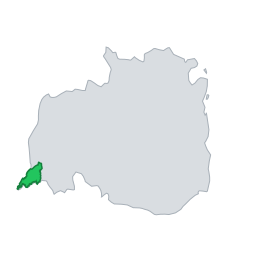 Ta Veaeng, Rôtânôkiri, Cambodia shown in context, rotated 195°
{"feature_id": "14789045B64125639781639", "entity_name": "Ta Veaeng", "entity_type": "district", "adm_level": 2, "iso_a3": "KHM", "parent_name": "Cambodia", "parent_adm1": "Rôtânôkiri", "projection": "natural_earth1", "projection_center": [107.276, 14.308], "detail": "fine", "context": "in_parent", "style": "filled", "palette": "green", "viewbox_px": 256, "rotation_deg": 195, "n_neighbors": 0, "source": "geoboundaries", "source_scale": "gbopen_adm2", "svg_char_len": 6567}
<svg xmlns="http://www.w3.org/2000/svg" viewBox="0 0 256 256"><g transform="rotate(195 128 128)"><path d="M217.9,39.7L218.5,42.0L217.0,46.3L215.4,50.2L212.5,53.6L212.3,56.1L211.3,63.5L211.7,65.9L212.4,67.9L213.4,69.0L215.9,76.3L218.3,82.9L220.5,88.4L221.0,91.9L218.8,100.6L216.4,108.6L216.6,112.6L217.7,116.6L218.8,122.0L219.2,128.8L218.6,133.2L217.5,136.0L215.4,138.8L213.5,140.3L211.3,137.9L209.5,137.8L207.1,138.5L205.2,139.6L201.4,143.8L197.2,147.8L191.3,148.8L189.1,151.8L186.6,152.2L182.0,152.4L179.0,153.1L179.1,154.6L178.9,161.7L178.9,163.4L178.5,163.9L176.4,164.1L172.8,163.0L168.0,161.2L164.6,160.9L162.8,164.0L161.8,165.3L160.5,165.4L159.1,166.0L158.7,167.4L158.6,169.1L159.2,172.1L159.5,176.8L159.3,180.0L160.5,182.0L167.9,188.9L170.0,190.6L170.3,191.6L169.0,195.3L170.1,200.5L167.8,200.4L164.0,198.2L162.2,196.8L159.9,197.9L159.2,197.7L157.7,195.1L155.7,192.5L153.7,192.3L149.4,193.4L145.0,194.1L143.4,194.1L142.7,194.6L140.2,198.5L139.1,197.8L134.7,196.3L130.7,195.7L129.9,196.7L130.3,199.9L131.2,203.0L130.7,204.4L128.5,206.0L125.6,208.9L123.8,211.2L122.5,211.8L118.1,211.7L113.7,212.0L111.9,214.1L110.2,215.8L108.8,216.3L103.0,210.9L91.5,209.1L90.3,206.7L89.2,206.3L88.1,209.3L81.8,212.3L79.2,210.5L77.3,208.3L77.5,205.7L79.4,203.6L82.5,202.0L84.0,196.6L81.6,189.7L79.5,187.7L77.3,186.1L75.0,188.6L73.0,193.0L71.0,195.3L68.1,195.8L63.9,195.6L62.3,189.1L61.8,183.4L62.4,177.0L63.0,173.2L59.0,167.9L58.8,162.9L56.8,160.3L56.3,161.6L56.3,163.0L55.8,162.0L49.4,147.3L48.4,140.5L49.5,135.2L50.2,133.5L48.3,130.7L45.8,127.5L41.2,123.4L40.9,116.9L39.9,109.2L38.6,106.7L36.5,101.9L35.4,98.0L35.0,87.6L35.6,86.8L38.9,86.5L43.0,85.8L43.7,84.1L43.0,82.7L45.7,80.4L49.5,75.2L52.5,69.9L54.6,66.5L55.9,63.1L60.2,58.3L66.1,55.0L70.1,54.3L74.3,53.1L78.3,51.5L80.2,51.4L85.2,53.3L87.9,53.8L90.7,53.8L93.6,54.0L96.2,53.8L102.3,52.4L108.7,53.5L114.5,52.7L121.6,51.1L125.1,52.1L128.3,53.7L128.8,56.8L129.5,58.3L130.6,59.4L132.0,59.4L133.8,57.2L135.3,54.9L135.8,54.5L135.9,55.6L136.7,58.1L138.0,60.5L139.4,62.1L141.7,64.2L143.2,64.3L148.1,62.3L155.4,65.2L156.2,66.7L158.6,69.7L161.2,71.8L166.9,72.0L168.9,66.7L167.9,63.5L164.7,57.9L163.8,54.6L164.8,54.0L170.3,53.4L171.2,52.8L172.5,49.1L174.0,49.5L177.0,50.0L180.2,47.5L182.2,44.9L183.2,46.1L184.3,47.9L185.6,49.0L187.9,50.6L190.5,52.8L192.1,54.9L193.3,55.8L196.6,55.2L197.5,55.3L199.4,52.6L200.7,51.2L201.9,51.6L203.5,51.6L206.9,48.2L208.9,45.2L210.0,44.3L213.0,45.9L214.2,45.6L216.0,41.4L217.9,39.7ZM60.2,180.4L59.5,180.8L58.9,180.8L58.3,180.2L58.4,177.8L58.9,176.3L59.9,176.1L60.2,180.4ZM69.7,203.7L68.4,205.3L66.4,202.0L66.4,201.1L69.7,203.7Z" fill="#d9dde1" stroke="#a8b0b8" stroke-width="1"/><path d="M211.6,63.3L211.8,63.1L211.9,62.9L212.1,62.6L212.1,62.4L212.3,62.2L212.3,61.8L212.6,61.3L212.9,61.4L213.0,61.2L213.1,60.8L213.3,60.5L213.3,60.2L213.5,60.1L213.6,59.8L213.6,59.5L214.0,59.0L213.7,58.5L213.8,58.2L214.0,58.0L214.1,57.8L214.1,57.6L214.1,57.3L214.0,57.2L213.9,56.9L214.0,56.4L213.9,56.3L213.8,56.2L213.7,56.1L213.6,55.9L213.4,55.7L213.4,55.3L213.4,55.2L213.7,55.0L213.8,54.6L214.0,54.5L214.1,54.1L214.0,53.8L214.3,53.8L214.7,53.2L214.9,53.0L215.1,53.0L215.1,52.9L215.2,52.7L215.3,52.4L215.1,52.4L215.4,52.1L215.5,51.5L215.8,51.7L215.8,52.0L216.1,52.1L216.3,51.9L216.4,52.0L216.6,52.1L216.8,52.1L216.9,51.7L216.9,51.4L216.9,51.1L217.0,50.8L217.2,50.7L217.3,50.3L217.3,50.1L217.4,49.9L217.3,49.7L217.4,49.4L217.5,48.8L217.6,48.6L217.6,48.3L217.7,48.2L217.5,47.8L217.6,47.7L217.8,47.7L218.0,47.4L218.1,47.1L218.1,46.9L218.1,46.7L218.2,46.4L218.4,46.2L218.4,45.9L218.1,45.7L218.0,45.4L218.0,45.2L218.0,44.8L217.8,44.7L218.0,44.5L218.0,44.4L218.1,44.1L218.3,44.1L218.6,43.9L218.8,43.8L218.8,43.6L218.8,43.4L219.0,43.3L219.2,43.2L219.3,43.1L219.2,43.0L219.3,42.9L219.3,42.6L219.1,42.4L219.1,42.0L219.0,41.9L218.9,41.6L219.0,41.6L219.2,41.3L219.0,41.1L219.0,40.9L219.2,40.6L219.0,40.4L218.8,40.5L218.6,40.4L218.4,40.5L218.1,40.7L218.1,40.8L218.1,41.4L218.1,41.6L217.9,42.0L217.5,42.2L217.5,42.4L217.3,42.4L217.3,42.5L217.1,42.7L217.2,42.9L217.0,43.1L216.9,43.2L216.7,43.0L216.2,43.2L216.1,43.3L215.9,43.5L216.0,43.6L215.9,43.7L216.1,44.1L216.1,44.4L215.9,44.4L215.6,44.6L215.8,45.0L215.7,45.4L215.7,45.6L215.7,45.8L215.6,46.0L215.4,46.1L215.5,46.3L215.4,46.4L215.5,46.7L215.6,46.8L215.4,47.0L215.1,47.1L214.7,47.0L214.3,46.8L214.1,46.6L213.6,46.4L213.5,46.5L213.2,46.6L213.1,46.4L213.0,46.5L212.9,46.5L212.8,46.4L212.7,46.4L212.6,46.2L212.4,45.9L212.5,45.7L212.4,45.4L212.2,45.3L212.2,45.2L211.8,45.0L211.7,44.9L211.6,44.7L211.2,44.4L210.8,44.6L210.7,44.5L210.2,44.5L209.9,44.8L209.8,45.1L209.6,45.2L209.6,45.3L209.6,45.5L209.6,45.8L209.6,46.2L209.4,46.5L209.2,46.4L208.8,46.4L208.8,46.6L208.7,47.0L208.6,47.4L208.6,47.7L208.7,47.8L208.6,48.2L208.7,48.3L208.7,48.5L208.4,48.8L208.2,48.9L208.0,49.0L207.8,48.9L207.7,48.7L207.5,48.9L207.4,48.8L207.3,48.6L207.0,48.6L206.9,48.7L207.0,48.8L206.9,48.9L206.8,49.0L206.7,49.1L206.7,49.3L206.6,49.5L206.6,50.2L206.5,50.4L206.5,50.5L206.4,50.5L206.1,50.7L205.9,50.9L205.8,51.2L205.8,51.3L205.6,51.4L205.5,51.6L205.3,51.7L205.2,51.4L204.8,51.7L204.7,51.6L204.4,51.6L204.3,52.0L204.1,52.0L204.0,52.3L203.9,52.4L203.6,52.5L203.4,52.4L203.2,52.5L202.8,52.5L202.8,52.4L202.7,52.4L202.7,52.5L202.5,52.2L202.4,51.9L202.3,51.7L202.4,51.4L202.4,51.2L202.2,51.1L201.9,50.6L201.5,50.6L201.3,50.4L201.1,50.3L201.0,50.5L201.1,51.0L201.3,51.2L201.3,51.4L201.3,51.6L201.1,51.6L200.9,51.7L200.9,51.8L200.8,52.0L200.6,52.1L200.4,52.1L200.4,52.3L200.2,52.4L200.2,52.6L200.2,52.8L199.8,53.4L199.7,53.4L199.5,54.1L199.3,53.9L199.3,54.5L199.4,55.1L199.3,55.4L199.3,55.6L199.3,55.9L199.4,56.1L199.3,56.3L199.3,56.5L199.3,56.8L199.3,57.2L199.5,57.4L199.8,57.6L199.8,58.0L199.9,58.4L200.0,59.6L200.3,60.0L200.5,60.3L200.8,60.6L200.6,61.1L200.6,61.3L200.7,61.5L200.8,61.8L200.8,62.0L201.0,62.2L201.1,62.4L201.2,62.5L201.3,62.4L201.4,62.5L201.5,62.5L201.8,62.9L201.7,62.9L201.8,63.2L201.7,63.2L201.7,63.3L201.5,63.6L201.6,63.9L201.9,64.0L202.0,64.1L201.9,64.2L202.1,64.4L202.0,64.5L201.9,64.7L201.8,65.0L201.5,64.9L201.4,64.9L201.3,65.2L200.7,66.3L200.7,66.6L200.6,67.0L201.0,67.6L201.1,67.8L201.2,68.1L201.3,68.4L201.6,69.0L202.0,69.6L202.2,70.8L202.3,71.0L202.7,71.3L202.8,71.2L203.0,71.3L203.2,71.2L203.7,71.3L204.8,71.7L205.3,71.8L205.4,71.6L205.2,71.5L205.1,71.4L205.2,71.2L205.3,71.1L205.2,70.9L205.3,70.7L205.3,70.4L205.3,70.2L205.5,70.0L205.5,69.9L205.5,69.7L205.4,69.3L205.5,69.0L205.4,69.0L205.4,68.9L206.1,68.7L207.1,67.8L207.9,66.9L208.1,66.6L208.3,66.2L208.8,65.6L209.3,64.6L210.0,63.6L210.8,63.2L211.0,63.3L211.6,63.3Z" fill="#22c55e" stroke="#15803d" stroke-width="1.5"/></g></svg>